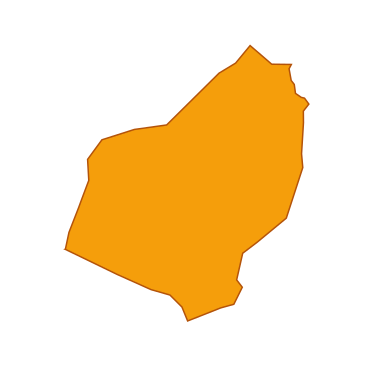 the district of Delgerxaan, Töv, Mongolia, rotated 72°
{"feature_id": "93677404B23816773635659", "entity_name": "Delgerxaan", "entity_type": "district", "adm_level": 2, "iso_a3": "MNG", "parent_name": "Mongolia", "parent_adm1": "Töv", "projection": "mercator", "projection_center": [104.591, 46.68], "detail": "fine", "context": "isolated", "style": "filled", "palette": "amber", "viewbox_px": 384, "rotation_deg": 72, "n_neighbors": 0, "source": "geoboundaries", "source_scale": "gbopen_adm2", "svg_char_len": 667}
<svg xmlns="http://www.w3.org/2000/svg" viewBox="0 0 384 384"><g transform="rotate(72 192 192)"><path d="M207.3,330.2L207.3,330.3L247.3,288.6L272.2,261.1L283.2,244.8L298.3,237.1L313.3,236.0L312.5,223.0L311.1,200.6L311.7,186.9L298.1,173.6L289.4,176.7L265.9,162.7L259.8,145.3L246.0,110.4L203.0,79.1L189.5,76.0L160.6,64.6L149.5,61.1L144.5,53.7L137.5,56.0L135.7,58.9L130.2,63.1L121.3,61.5L116.6,63.2L104.8,61.6L101.5,58.2L101.4,58.1L95.1,76.7L70.7,91.5L82.9,110.7L87.3,129.5L120.4,195.4L114.7,227.5L114.5,261.5L128.7,281.2L149.1,286.6L165.4,299.6L171.5,304.4L175.8,307.9L192.4,321.5L207.3,330.1L207.3,330.2Z" fill="#f59e0b" stroke="#b45309" stroke-width="1.5"/></g></svg>